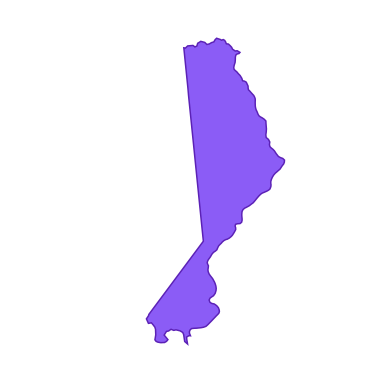 Aragarças, Goiás, Brazil (Albers equal-area conic projection), rotated 129°
{"feature_id": "56859067B18880628968559", "entity_name": "Aragarças", "entity_type": "district", "adm_level": 2, "iso_a3": "BRA", "parent_name": "Brazil", "parent_adm1": "Goiás", "projection": "albers", "projection_center": [-52.131, -15.989], "detail": "fine", "context": "isolated", "style": "filled", "palette": "violet", "viewbox_px": 384, "rotation_deg": 129, "n_neighbors": 0, "source": "geoboundaries", "source_scale": "gbopen_adm2", "svg_char_len": 2869}
<svg xmlns="http://www.w3.org/2000/svg" viewBox="0 0 384 384"><g transform="rotate(129 192 192)"><path d="M256.2,110.2L253.5,111.3L251.7,112.5L250.1,114.2L248.8,116.1L247.9,117.7L247.1,119.6L246.3,121.6L245.9,123.4L245.5,125.2L244.9,127.2L243.7,129.3L242.4,130.7L240.5,131.8L239.0,132.8L238.3,134.3L237.4,135.7L235.8,136.4L234.4,136.7L232.6,136.8L230.7,136.9L229.1,137.2L227.5,137.4L225.3,137.3L223.4,136.7L221.3,136.3L218.9,137.0L216.9,137.4L214.8,137.2L213.3,137.0L211.8,137.0L209.6,136.6L207.7,135.8L206.5,134.9L204.3,134.0L201.9,133.5L200.1,133.4L197.5,133.7L195.6,134.0L193.7,134.4L192.3,135.6L191.3,137.1L189.7,137.8L188.2,136.8L186.3,134.8L184.3,134.4L182.4,135.3L181.0,136.5L179.8,137.7L178.6,138.8L177.4,139.7L175.7,140.8L173.5,141.3L171.4,140.9L169.7,140.1L166.5,138.8L163.8,138.2L162.1,137.7L160.3,137.6L158.2,137.6L155.3,137.6L152.7,137.5L150.3,137.2L148.6,136.7L146.6,135.6L144.1,134.3L142.2,133.6L140.6,133.3L138.2,134.1L136.7,135.1L135.5,136.4L134.0,137.5L132.0,138.3L129.7,138.9L127.3,139.2L124.9,139.1L122.8,138.7L120.9,138.4L118.9,138.0L114.8,138.4L112.6,138.4L110.7,139.0L109.0,140.2L108.8,142.6L109.6,144.9L110.0,147.2L109.2,150.7L108.2,153.7L107.9,155.8L107.9,158.4L107.7,160.0L106.4,161.7L104.2,163.0L103.0,165.7L103.0,168.6L101.1,170.6L98.6,172.1L96.1,173.9L93.7,176.2L92.0,177.8L90.3,179.3L90.0,181.7L90.2,184.2L90.6,186.3L90.6,188.0L90.0,189.6L88.8,191.7L87.7,194.0L86.7,195.4L85.5,196.8L82.6,199.3L80.7,200.7L79.6,201.8L78.8,203.2L78.1,204.8L77.9,206.4L77.6,208.4L77.2,210.6L77.0,212.5L75.8,213.9L74.4,215.1L73.5,216.9L72.5,219.0L72.8,220.9L73.7,222.7L72.3,224.8L71.2,227.9L70.9,230.4L70.4,232.9L70.4,234.7L70.2,236.4L69.1,237.8L67.1,238.9L64.3,240.0L62.9,240.9L61.5,241.9L60.0,243.1L58.1,244.1L56.3,243.8L54.8,242.6L53.3,242.6L53.8,245.8L55.2,247.1L55.5,250.4L54.6,252.2L54.3,254.1L54.1,256.8L55.2,258.6L54.1,260.5L53.6,262.1L53.9,263.7L55.4,264.5L55.7,266.2L56.4,267.9L57.0,269.6L59.0,269.9L61.6,269.5L63.7,270.9L66.0,271.7L68.0,273.3L67.7,276.2L69.4,280.0L71.0,280.5L72.8,281.2L75.5,280.1L77.4,281.0L77.5,283.5L81.2,287.3L84.3,287.7L85.1,289.1L113.8,260.6L119.2,255.4L153.1,221.7L205.7,169.5L223.1,152.2L314.2,148.5L315.7,147.9L319.3,147.6L321.5,143.2L319.2,141.2L319.7,138.6L320.4,135.8L321.7,133.9L325.8,130.3L330.2,127.8L330.7,125.9L330.2,124.1L328.8,121.5L326.2,118.6L324.1,117.8L321.9,117.8L320.7,123.6L316.4,124.1L314.7,122.7L311.9,121.9L311.0,119.1L309.2,117.7L307.4,113.9L307.0,110.8L308.1,108.7L312.8,103.6L312.9,99.8L310.3,102.8L308.2,104.9L305.6,104.0L304.7,102.7L303.4,105.0L302.2,106.1L300.3,106.7L298.4,106.4L296.6,104.6L294.8,102.6L291.8,99.6L289.8,97.9L287.6,96.6L285.2,96.2L280.0,95.7L273.5,95.2L270.6,94.9L269.0,94.9L267.5,95.6L266.5,96.7L265.3,98.7L264.8,101.3L265.0,104.2L266.2,106.6L266.4,108.7L265.2,110.7L263.2,111.2L261.2,110.7L259.1,110.0L256.2,110.2Z" fill="#8b5cf6" stroke="#5b21b6" stroke-width="1.5"/></g></svg>